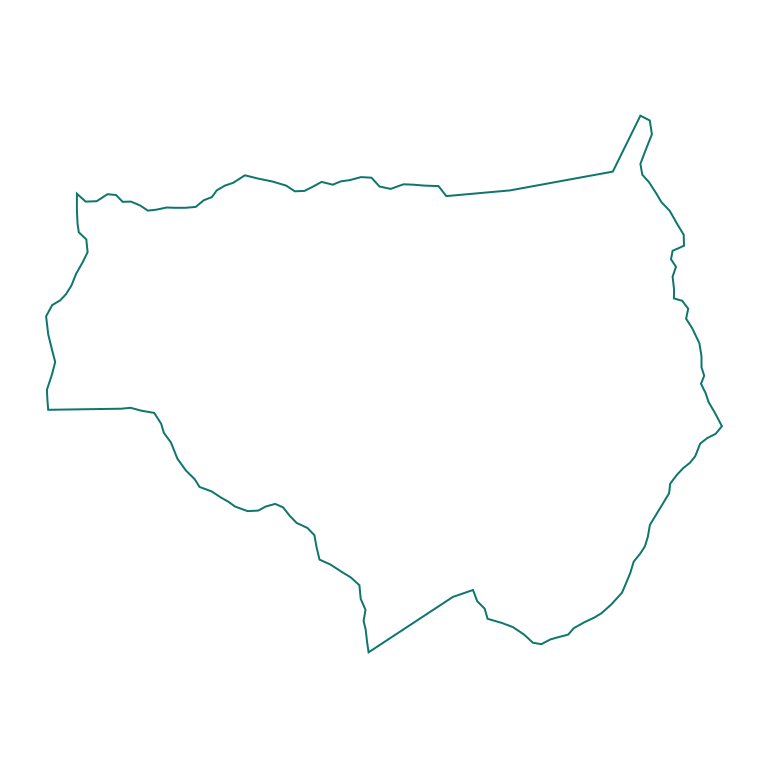 Ararendá, Ceará, Brazil (Robinson projection)
{"feature_id": "56859067B76169954985476", "entity_name": "Ararendá", "entity_type": "district", "adm_level": 2, "iso_a3": "BRA", "parent_name": "Brazil", "parent_adm1": "Ceará", "projection": "robinson", "projection_center": [-40.751, -4.776], "detail": "fine", "context": "isolated", "style": "outline", "palette": "teal", "viewbox_px": 768, "rotation_deg": 0, "n_neighbors": 0, "source": "geoboundaries", "source_scale": "gbopen_adm2", "svg_char_len": 2097}
<svg xmlns="http://www.w3.org/2000/svg" viewBox="0 0 768 768"><path d="M721.9,426.2L715.3,413.5L708.6,402.1L705.7,393.3L701.0,383.7L704.2,375.8L701.5,367.2L701.5,356.3L699.4,343.3L692.2,328.2L686.1,318.7L688.2,308.7L682.2,300.8L673.9,298.4L674.1,289.8L672.6,276.6L676.0,266.8L671.0,259.3L672.6,250.8L684.0,245.7L683.7,234.7L677.7,224.9L669.7,210.8L661.4,202.1L656.6,194.0L649.1,182.3L642.3,174.7L640.4,163.9L645.7,149.9L651.9,134.3L649.8,120.5L640.4,115.7L612.8,171.6L510.0,190.4L446.3,196.1L438.5,186.1L424.2,185.6L413.5,184.7L403.5,184.3L390.6,188.9L379.5,186.5L371.5,177.7L361.0,177.1L349.8,180.1L340.7,181.4L332.8,184.7L321.6,181.9L312.8,186.7L304.5,190.9L294.8,191.3L286.2,185.6L272.0,181.4L258.2,178.6L244.9,175.3L233.2,182.8L224.9,185.6L216.7,190.4L212.0,197.0L203.7,200.3L195.7,206.9L185.4,207.8L174.5,207.8L166.7,207.5L156.2,209.7L147.9,210.6L140.0,205.4L130.9,201.6L122.6,201.8L116.0,195.0L107.5,194.2L96.7,201.2L85.6,201.6L76.9,193.7L76.9,209.7L77.5,223.4L78.8,232.3L86.3,239.4L87.6,252.1L82.6,262.4L76.1,273.8L71.4,285.6L66.0,294.2L60.2,300.3L52.2,305.1L46.1,316.3L48.2,334.3L51.9,349.4L55.2,362.0L51.9,374.7L46.9,389.8L47.4,399.7L48.2,409.8L107.5,408.9L121.3,408.7L130.6,407.8L141.4,410.7L154.2,412.9L161.2,423.8L163.8,432.8L170.9,442.4L177.4,458.7L185.9,470.5L194.6,479.1L199.6,487.0L211.6,491.4L220.9,497.5L228.3,501.7L235.0,506.5L247.5,511.1L258.2,510.6L265.8,506.5L275.2,503.9L283.1,507.4L289.8,515.9L296.6,522.9L307.5,528.0L314.4,535.2L316.5,546.9L319.5,559.6L330.2,564.4L341.0,571.4L350.6,577.3L359.4,585.2L360.7,598.8L365.5,609.8L363.6,621.0L365.7,629.7L367.0,641.4L368.6,652.3L452.9,596.9L473.0,590.0L477.2,601.2L484.7,608.7L487.6,618.8L501.7,622.9L512.9,627.1L524.1,634.6L532.9,642.7L541.3,644.2L550.4,639.4L558.3,637.2L568.2,634.6L573.7,628.2L584.6,622.1L594.1,617.7L601.6,613.1L611.2,604.5L622.0,592.7L626.6,581.9L630.3,572.9L633.7,561.6L640.2,553.6L644.9,546.4L647.8,537.0L649.9,524.9L661.1,506.5L669.1,493.3L670.2,483.7L676.5,475.3L683.2,468.1L689.8,462.9L695.2,456.3L700.2,443.6L707.2,438.1L715.6,433.9L721.9,426.2Z" fill="none" stroke="#0f766e" stroke-width="2"/></svg>